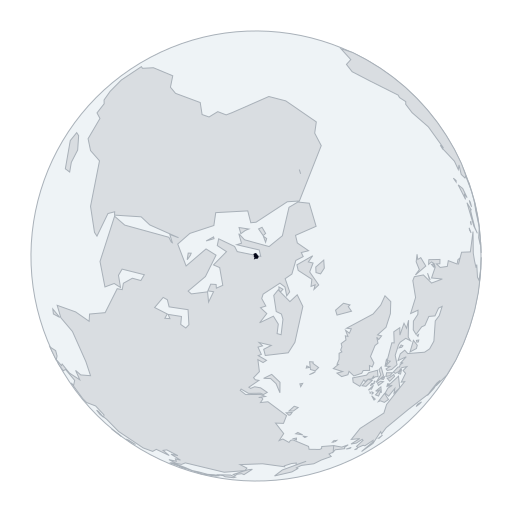 the Earth from above Primorsko-Goranska, rotated 152°
{"feature_id": "HRV-1586", "entity_name": "Primorsko-Goranska", "entity_type": "County", "adm_level": 1, "iso_a3": "HRV", "parent_name": "Croatia", "parent_adm1": "", "projection": "orthographic", "projection_center": [14.596, 45.075], "detail": "fine", "context": "on_globe", "style": "filled", "palette": "ink", "viewbox_px": 512, "rotation_deg": 152, "n_neighbors": 0, "source": "natural_earth", "source_scale": "10m", "svg_char_len": 11913}
<svg xmlns="http://www.w3.org/2000/svg" viewBox="0 0 512 512"><g transform="rotate(152 256 256)"><circle cx="256" cy="256" r="225" fill="#eef3f6" stroke="#a8b0b8"/><path d="M37.9,199.4L41.6,186.9L44.8,177.7L55.7,153.0L51.1,162.9L52.7,160.8L50.8,167.6L45.3,176.6L40.8,192.7L37.3,202.5L35.1,212.5L34.5,218.0L33.3,228.2L34.9,226.8L36.5,231.7L34.0,241.1L36.8,237.3L36.3,246.5L40.8,263.1L39.8,263.9L43.2,289.1L50.9,309.3L52.6,319.6L51.3,322.0L54.9,328.5L55.0,331.4L72.7,356.3L84.6,373.6L86.2,382.7L80.1,384.9L83.7,399.2L75.1,390.3L66.2,377.3L58.1,363.6L51.0,349.4L44.9,334.8L39.9,319.7L36.0,304.4L33.1,288.7L31.4,273.0L30.7,257.1L31.2,241.3L31.3,240.5L33.4,225.3L34.0,219.9L33.5,220.9L37.3,202.0L37.9,199.4ZM128.3,70.4L143.3,61.3L158.0,56.8L151.8,59.8L156.0,58.9L164.2,55.3L168.5,53.2L194.1,48.9L221.6,43.3L228.7,40.0L228.4,42.4L240.7,35.6L254.6,33.8L239.9,37.0L239.1,38.3L249.0,37.3L250.3,38.6L255.9,39.0L256.6,40.7L248.0,43.0L248.3,44.3L255.2,43.7L260.4,45.4L250.1,46.1L258.0,49.3L245.0,54.9L216.8,57.3L210.4,63.6L183.7,75.3L187.0,76.4L179.0,82.2L179.9,85.8L174.7,87.5L179.8,89.0L184.4,86.9L188.2,87.0L189.1,89.1L182.7,91.3L181.3,90.6L179.8,92.4L176.2,92.7L178.5,93.7L170.6,96.5L179.7,97.0L174.5,101.9L168.9,103.0L167.8,98.6L152.3,91.9L146.3,92.5L138.9,97.3L128.2,114.5L122.2,117.3L115.3,124.1L119.3,124.3L126.1,119.1L131.8,121.5L139.5,115.4L142.9,115.7L151.5,111.6L151.8,117.0L147.6,124.6L140.5,128.5L138.4,132.1L146.5,132.6L134.6,144.4L129.1,160.6L125.9,163.4L117.1,160.7L113.7,149.7L102.3,148.2L111.3,154.2L103.0,162.0L102.3,165.7L103.8,168.4L107.5,167.6L105.1,171.6L95.2,166.6L97.3,162.8L100.4,164.3L98.7,159.4L92.0,157.0L88.4,161.6L82.2,154.5L79.5,157.9L76.6,158.6L81.3,153.5L72.7,162.8L64.8,159.0L52.9,175.7L62.8,156.6L65.3,149.3L67.2,142.3L65.1,144.8L70.4,133.3L70.5,129.9L63.6,138.9L57.7,149.1L66.8,133.8L77.0,119.2L88.3,105.5L100.7,92.8L114.1,81.1L128.3,70.4ZM49.6,180.2L44.7,204.0L44.3,195.8L45.0,196.1L46.9,188.9L49.4,178.4L49.9,172.1L49.6,180.2ZM54.7,178.8L55.3,175.4L55.2,178.1L54.7,178.8ZM170.2,52.3L164.2,55.1L156.3,58.2L161.2,55.5L170.2,52.3ZM185.3,47.9L182.8,49.3L178.3,49.5L181.1,48.6L185.3,47.9ZM233.4,37.6L228.3,38.5L232.8,37.3L233.4,37.6ZM256.5,38.8L257.6,38.2L260.0,38.7L256.5,38.8ZM150.7,109.0L151.0,110.3L149.3,110.4L150.7,109.0ZM154.0,106.2L151.7,105.4L153.0,103.9L154.4,104.4L154.0,106.2ZM263.4,42.0L267.0,43.2L261.8,42.3L263.4,42.0ZM156.6,107.6L155.5,101.5L157.8,99.0L165.0,99.0L156.6,107.6ZM268.1,44.2L277.0,47.7L280.0,46.6L276.4,52.1L270.0,47.0L263.2,46.0L267.6,45.5L268.1,44.2ZM185.5,85.4L180.6,87.7L183.8,83.9L185.5,85.4ZM186.6,83.0L191.0,72.1L198.6,70.0L195.6,73.9L204.7,70.0L206.3,74.3L201.6,77.4L196.4,77.8L201.0,79.2L186.6,83.0ZM273.0,54.9L273.8,56.2L271.3,55.3L273.0,54.9ZM190.0,86.7L190.2,84.6L196.8,82.6L197.6,86.6L195.2,85.9L190.0,86.7ZM206.4,67.1L211.4,66.5L214.1,69.7L216.4,70.0L207.0,74.3L206.4,67.1ZM194.1,87.4L197.8,88.7L195.5,91.6L190.2,88.8L194.1,87.4ZM198.2,80.4L201.3,79.7L199.8,81.4L198.2,80.4ZM189.5,103.3L189.6,100.4L193.0,99.1L189.5,103.3ZM199.3,89.0L200.1,88.0L201.5,87.2L203.3,88.7L199.3,89.0ZM209.5,76.4L209.6,78.0L213.5,74.8L215.7,77.3L209.0,79.8L212.7,79.8L213.4,80.6L207.2,81.8L209.5,76.4ZM209.4,88.0L201.6,92.5L200.7,97.9L197.6,99.2L199.7,90.2L209.4,88.0ZM208.7,84.2L208.4,86.8L204.7,86.9L202.5,85.2L208.7,84.2ZM219.5,78.3L217.9,73.7L219.4,73.4L219.5,78.3ZM209.8,89.5L211.7,88.4L210.2,89.9L209.8,89.5ZM217.4,81.6L216.6,80.0L218.3,79.6L217.4,81.6ZM216.0,87.8L213.5,89.1L212.0,88.0L216.0,87.8ZM217.2,84.9L219.8,84.8L213.0,86.7L216.6,84.2L217.2,84.9ZM219.1,81.6L219.9,80.8L219.2,82.3L219.1,81.6ZM223.3,91.7L215.0,94.3L211.6,91.6L220.1,89.3L223.3,91.7ZM156.9,379.0L139.8,346.1L146.5,336.9L146.6,322.8L191.9,284.2L202.9,289.2L240.1,285.8L245.0,287.8L242.1,299.7L271.2,313.2L278.9,302.7L303.8,307.0L319.5,303.3L322.4,280.0L296.8,285.7L290.9,275.5L310.3,261.6L332.4,256.9L330.9,252.9L315.6,247.1L319.5,237.6L310.2,244.4L314.9,247.8L309.2,252.4L304.6,249.6L306.1,246.2L299.1,245.7L293.5,262.8L297.7,268.1L280.0,273.7L285.3,283.4L280.9,288.7L270.4,274.5L270.5,268.7L252.0,253.4L250.3,259.8L267.7,275.0L262.8,274.1L260.7,283.8L258.5,275.7L240.0,258.2L223.2,261.5L204.0,283.5L193.7,284.0L184.2,277.6L189.0,254.0L211.4,255.7L213.4,248.1L207.1,236.0L214.4,237.8L214.6,233.3L222.9,233.4L232.8,223.2L240.9,222.3L243.1,208.5L247.6,206.4L245.0,215.0L247.6,220.8L267.6,219.0L270.9,215.8L270.8,207.2L276.3,208.2L273.5,200.1L284.2,195.3L268.9,194.7L268.3,185.4L273.8,177.6L270.8,174.7L261.9,187.5L260.8,192.8L264.2,197.5L258.8,212.9L252.3,215.7L247.5,199.8L237.8,202.4L238.3,189.5L262.2,161.5L273.0,155.4L294.5,163.8L293.0,170.0L284.5,169.9L293.9,178.2L292.4,173.6L297.0,174.6L297.5,166.6L300.8,167.0L295.7,158.9L299.8,158.6L303.0,163.6L307.3,152.3L315.3,149.7L314.7,147.0L311.8,144.8L323.9,143.5L322.9,141.6L318.6,141.2L313.8,137.4L310.1,130.3L314.5,130.2L316.4,132.7L327.1,138.2L331.6,145.5L333.0,144.8L330.2,138.5L317.1,131.7L313.6,127.5L320.1,129.8L317.5,128.6L317.1,126.5L320.9,124.5L313.9,121.7L304.0,100.7L310.3,95.3L317.2,99.3L314.9,86.2L322.2,82.2L318.2,81.8L314.4,75.9L312.1,77.0L309.8,76.4L299.0,63.2L299.9,60.4L290.6,55.3L288.5,55.2L287.4,56.9L276.4,52.1L280.0,46.6L284.5,46.9L283.7,43.7L294.2,45.2L302.5,45.4L314.3,49.8L319.8,50.0L318.9,48.7L325.6,48.5L342.9,53.1L333.2,54.7L308.1,51.2L318.7,52.8L317.6,54.3L322.1,56.1L329.5,57.4L329.6,56.4L347.8,69.5L368.0,79.3L363.6,73.0L366.5,71.7L385.6,80.0L415.5,106.5L419.7,107.0L423.8,110.4L428.5,117.1L422.7,112.2L422.4,114.7L418.5,111.2L424.1,120.9L418.7,116.4L425.8,126.7L429.3,128.0L426.3,120.6L434.8,132.1L439.0,132.0L445.7,139.5L459.7,165.6L464.5,181.9L466.1,185.5L464.8,187.0L468.0,198.9L474.4,206.2L475.9,211.3L478.7,230.7L477.9,227.3L474.5,231.3L477.4,245.2L480.1,245.2L481.2,253.4L480.7,257.2L479.2,250.6L477.9,251.6L475.7,240.3L469.7,229.4L469.0,239.7L466.6,233.3L458.3,228.0L455.8,242.6L453.5,275.5L457.3,293.1L454.7,305.8L441.5,291.3L434.0,276.7L430.2,282.9L415.8,276.8L393.9,292.3L389.9,289.1L385.9,294.2L375.6,294.4L369.2,288.4L363.4,291.9L380.4,307.3L386.5,303.5L390.4,291.8L394.1,298.3L403.9,299.6L396.3,324.4L362.2,357.5L357.4,344.9L324.1,313.4L324.3,308.3L324.1,307.8L323.6,307.0L322.0,315.5L315.8,308.5L335.2,333.3L339.0,344.5L361.7,358.5L360.0,361.4L366.8,363.0L387.1,348.2L387.5,352.7L378.8,377.5L349.5,413.5L352.6,426.7L349.2,438.4L329.2,450.7L329.2,457.0L318.6,461.7L316.9,465.1L307.4,469.9L292.3,474.6L268.3,477.0L268.1,475.0L258.2,470.4L244.9,454.2L252.3,445.2L250.7,437.4L233.2,417.7L237.2,406.2L232.2,400.8L222.0,401.4L216.1,394.6L209.8,393.8L169.8,390.8L156.9,379.0ZM178.0,307.6L177.2,311.9L177.2,312.0L178.0,307.6ZM357.4,263.0L369.7,258.1L361.6,246.5L365.7,243.8L361.4,241.1L361.0,245.7L350.2,237.6L354.6,230.9L351.8,225.4L347.5,226.8L341.2,240.5L356.6,251.9L354.8,259.0L357.4,263.0ZM41.0,263.5L41.3,267.3L40.3,264.7L41.0,263.5ZM42.6,198.2L42.3,201.8L41.6,205.0L41.5,202.9L42.6,198.2ZM44.6,227.3L45.2,232.1L43.9,228.7L44.6,227.3ZM44.4,207.6L44.1,223.9L41.8,218.5L42.2,208.4L42.9,213.2L44.4,207.6ZM51.4,182.2L50.9,185.0L49.9,186.0L51.4,182.2ZM54.6,180.8L54.6,180.1L55.5,177.8L54.6,180.8ZM103.6,162.3L104.3,162.8L105.0,166.2L103.1,165.7L103.6,162.3ZM117.3,175.7L113.0,181.9L114.8,177.0L111.3,177.2L110.8,167.4L124.2,164.4L118.2,167.3L117.3,175.7ZM113.8,154.2L112.6,160.3L113.4,153.8L113.8,154.2ZM207.4,209.9L210.8,213.2L208.4,218.2L198.1,220.6L201.4,213.2L207.4,209.9ZM216.1,216.7L214.2,201.0L220.5,199.3L217.3,202.8L221.7,203.3L217.6,209.2L225.5,223.5L224.0,229.0L205.8,229.6L212.6,226.2L208.9,223.0L216.1,216.7ZM198.3,168.0L197.6,162.4L212.2,165.8L211.2,170.8L200.9,173.2L196.0,168.7L198.3,168.0ZM169.6,109.3L168.4,107.7L170.2,107.0L172.7,107.7L169.6,109.3ZM189.3,102.1L176.8,115.6L174.8,114.4L169.9,124.4L162.7,125.2L166.1,118.6L156.9,127.1L157.0,121.5L151.4,127.7L159.7,112.9L159.4,108.6L162.4,113.0L169.1,112.2L171.9,110.6L179.7,103.0L182.5,93.8L189.5,92.1L193.8,93.3L194.2,95.2L189.5,95.6L193.4,97.9L186.9,100.1L189.3,102.1ZM239.5,114.6L233.8,113.3L240.6,120.3L234.2,121.6L235.3,122.4L231.2,125.7L228.3,131.1L225.2,131.0L225.4,133.2L222.7,135.6L221.9,138.7L216.0,139.6L214.6,143.6L212.6,141.8L211.8,148.4L209.8,144.0L206.0,147.0L210.0,149.7L179.9,149.8L168.9,154.1L160.8,160.3L158.4,152.5L164.4,142.0L174.7,132.0L185.7,129.3L182.6,126.5L186.9,124.6L187.5,127.6L189.2,121.8L192.9,121.1L202.1,113.5L202.1,106.2L205.5,103.5L207.3,106.0L209.4,101.6L215.1,104.6L217.7,102.8L225.9,104.2L228.0,110.5L230.6,108.0L237.0,109.3L239.5,114.6ZM225.5,92.2L229.5,98.9L227.9,103.0L214.3,98.9L211.2,100.1L202.4,98.1L204.9,92.2L207.2,93.3L210.0,93.0L208.1,94.9L211.7,93.2L214.9,94.7L218.6,93.8L218.9,96.1L225.5,92.2ZM249.7,283.2L253.4,283.6L258.9,282.8L257.6,289.1L249.7,283.2ZM236.9,271.4L240.1,270.7L241.0,278.7L237.2,278.5L236.9,271.4ZM241.1,263.6L240.2,270.0L238.4,266.4L241.1,263.6ZM247.8,214.0L251.1,212.8L251.8,214.8L250.3,217.9L247.8,214.0ZM258.3,137.5L255.3,135.6L256.1,134.4L253.1,128.1L257.6,126.8L261.2,130.2L258.3,137.5ZM318.5,285.0L314.5,290.4L311.9,288.9L313.8,287.3L318.5,285.0ZM284.9,291.0L293.0,292.7L284.5,292.8L284.9,291.0ZM262.7,135.1L261.0,132.5L264.3,133.5L262.7,135.1ZM260.8,125.7L264.6,126.2L257.8,126.0L260.8,125.7ZM383.4,422.5L365.8,445.1L356.4,449.1L356.1,445.5L363.7,433.3L375.1,425.4L381.1,417.6L383.4,422.5ZM480.7,272.5L477.3,266.5L478.6,261.1L481.3,257.8L481.2,261.2L480.7,272.5ZM458.1,293.9L462.1,299.9L460.3,304.6L458.1,293.9ZM468.3,189.9L469.1,194.8L468.0,192.7L466.4,185.2L468.3,189.9ZM450.9,146.1L455.1,152.4L456.7,155.3L455.0,153.3L450.9,146.1ZM299.1,124.0L298.2,133.9L300.6,140.9L306.7,144.4L297.7,144.1L294.1,133.2L299.1,124.0ZM303.0,103.4L297.6,100.9L300.1,99.6L301.7,99.9L303.0,103.4ZM299.6,103.7L292.8,105.4L289.9,102.4L295.9,101.6L299.6,103.7ZM277.9,119.6L277.3,122.5L274.6,121.6L277.9,119.6ZM464.7,171.1L461.2,163.5L459.6,159.7L462.4,165.8L464.7,171.1ZM422.7,106.2L420.3,104.2L417.4,100.6L419.9,102.9L422.7,106.2ZM405.7,88.4L415.8,99.1L423.5,108.4L423.4,107.5L429.4,113.9L426.9,112.7L418.0,102.7L413.0,96.5L407.8,92.1L401.3,86.0L395.7,82.5L391.4,79.2L394.9,80.6L405.7,88.4ZM393.5,81.4L381.4,74.6L378.0,70.4L379.9,70.8L386.9,75.6L388.2,77.6L393.5,81.4ZM377.5,71.9L378.6,73.8L363.4,71.0L359.3,69.4L369.2,68.6L370.8,70.5L375.2,72.2L377.5,71.9ZM276.0,55.8L274.0,56.2L274.6,55.1L276.0,55.8ZM308.6,77.2L305.7,76.2L306.6,74.7L308.6,77.2ZM298.1,72.8L299.2,75.1L296.2,72.7L298.1,72.8ZM301.9,80.6L298.7,76.1L304.4,80.4L301.9,80.6Z" fill="#d9dde1" stroke="#a8b0b8" stroke-width="1"/><path d="M257.6,254.6L257.8,254.6L257.7,254.7L257.7,254.8L257.6,255.0L257.4,255.1L257.2,255.0L257.1,255.3L257.1,255.6L257.1,255.8L257.2,256.0L256.9,256.0L256.7,256.0L256.7,255.9L256.2,255.5L256.0,255.3L255.9,255.3L255.9,255.2L256.0,255.2L255.9,255.1L255.5,255.0L255.4,254.9L255.2,254.9L255.2,255.0L255.1,255.3L255.0,255.6L254.9,255.7L254.9,255.4L254.9,255.2L254.9,254.9L254.9,254.7L254.7,254.6L254.7,254.4L254.8,254.4L255.0,254.3L255.3,254.4L255.5,254.4L255.7,254.2L255.8,253.9L255.9,253.7L256.0,253.7L256.0,253.8L256.1,254.0L256.3,254.2L256.5,254.4L256.6,254.5L256.8,254.4L257.0,254.3L257.3,254.4L257.5,254.6L257.6,254.6ZM255.8,257.6L255.8,257.8L255.7,257.8L255.5,257.6L255.4,257.4L255.4,257.2L255.4,257.3L255.4,257.2L255.3,256.9L255.2,256.7L255.3,256.6L255.4,256.4L255.5,256.5L255.4,256.4L255.3,256.1L255.1,255.9L255.1,255.7L255.3,255.6L255.3,255.8L255.4,256.0L255.5,256.3L255.7,256.5L255.6,256.8L255.6,257.0L255.7,257.3L255.7,257.5L255.8,257.6ZM256.4,256.5L256.2,256.4L256.1,256.1L255.8,256.2L255.7,256.1L255.5,255.9L255.8,255.8L255.8,255.7L255.9,255.4L256.0,255.4L256.0,255.5L256.2,255.9L256.2,256.0L256.3,256.0L256.6,256.3L256.4,256.4L256.5,256.5L256.4,256.5L256.4,256.5ZM256.4,257.2L256.2,257.1L256.3,257.1L256.3,256.9L256.4,257.0L256.5,257.1L256.7,257.3L256.7,257.5L256.6,257.4L256.5,257.2L256.4,257.2ZM255.6,258.0L255.8,258.2L255.8,258.3L255.7,258.3L255.6,258.1L255.5,257.9L255.4,258.0L255.3,257.9L255.3,257.6L255.3,257.4L255.4,257.5L255.5,257.7L255.5,257.8L255.6,258.0ZM255.0,257.6L255.1,257.8L255.0,257.7L255.0,257.6Z" fill="#0f172a" stroke="#020617" stroke-width="1.5"/></g></svg>